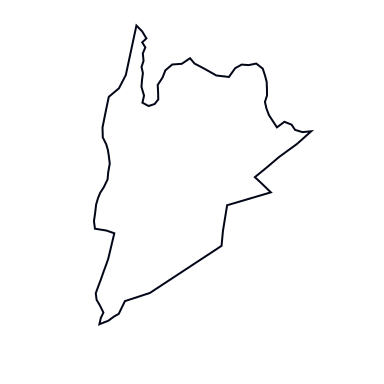 Forquetinha, Rio Grande do Sul, Brazil (orthographic projection), rotated 103°
{"feature_id": "56859067B13427255832164", "entity_name": "Forquetinha", "entity_type": "district", "adm_level": 2, "iso_a3": "BRA", "parent_name": "Brazil", "parent_adm1": "Rio Grande do Sul", "projection": "orthographic", "projection_center": [-52.137, -29.38], "detail": "fine", "context": "isolated", "style": "outline", "palette": "ink", "viewbox_px": 384, "rotation_deg": 103, "n_neighbors": 0, "source": "geoboundaries", "source_scale": "gbopen_adm2", "svg_char_len": 1257}
<svg xmlns="http://www.w3.org/2000/svg" viewBox="0 0 384 384"><g transform="rotate(103 192 192)"><path d="M55.9,150.8L52.4,158.3L55.6,165.3L56.7,172.3L61.7,177.8L71.6,181.9L73.0,194.5L70.7,202.2L68.3,210.6L66.3,218.4L62.1,224.0L69.4,230.8L72.2,239.9L79.4,245.3L87.3,246.5L95.4,249.5L102.3,247.5L109.4,245.7L114.7,248.2L118.0,253.7L116.1,260.4L108.9,260.4L100.9,264.9L94.1,265.9L87.1,266.6L81.6,269.3L75.2,268.7L68.0,271.1L61.6,270.0L57.4,274.2L52.6,271.0L46.7,276.7L42.3,283.6L92.9,282.8L107.4,286.5L118.0,294.5L135.9,294.1L149.3,293.7L158.9,291.2L164.8,286.3L169.8,283.5L175.2,281.3L182.9,278.5L191.4,278.1L198.7,277.1L207.1,279.0L213.5,281.3L219.0,282.2L225.8,282.6L234.8,281.6L242.4,281.0L249.6,278.3L248.8,266.8L249.7,258.4L275.9,258.6L281.5,259.2L288.5,260.1L297.5,261.1L305.1,262.1L312.3,263.0L318.5,260.7L323.5,256.0L329.4,251.2L335.3,252.5L341.7,252.5L336.2,244.5L331.1,240.2L327.3,236.0L313.4,232.8L299.8,210.3L237.8,151.1L223.0,153.1L197.0,154.8L174.6,115.1L166.8,128.1L163.4,134.1L152.2,125.4L138.5,115.2L121.4,100.4L106.0,89.5L108.8,97.8L108.3,105.5L104.0,110.1L102.8,117.7L109.9,123.8L104.9,129.0L99.8,134.3L94.0,138.2L87.8,141.2L81.1,140.6L74.9,142.1L67.9,144.0L61.7,147.3L55.9,150.8Z" fill="none" stroke="#020617" stroke-width="2"/></g></svg>